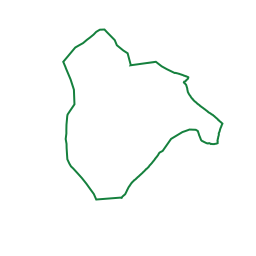 the district of Hajjah City, Hajjah, Yemen, rotated 296°
{"feature_id": "15242507B42868066819458", "entity_name": "Hajjah City", "entity_type": "district", "adm_level": 2, "iso_a3": "YEM", "parent_name": "Yemen", "parent_adm1": "Hajjah", "projection": "natural_earth1", "projection_center": [43.605, 15.684], "detail": "fine", "context": "isolated", "style": "outline", "palette": "green", "viewbox_px": 256, "rotation_deg": 296, "n_neighbors": 0, "source": "geoboundaries", "source_scale": "gbopen_adm2", "svg_char_len": 4282}
<svg xmlns="http://www.w3.org/2000/svg" viewBox="0 0 256 256"><g transform="rotate(296 128 128)"><path d="M62.4,152.9L63.8,153.0L67.3,154.5L68.0,154.5L68.8,154.5L69.9,154.5L70.4,154.5L71.3,154.5L71.7,154.4L72.1,154.5L72.5,154.5L73.0,154.5L73.3,154.5L73.8,154.5L74.2,154.5L74.6,154.5L74.9,154.5L75.5,154.6L75.9,154.6L76.3,154.8L76.6,154.8L77.1,154.8L77.9,155.0L78.5,155.0L78.9,155.1L79.5,155.2L79.9,155.2L80.3,155.4L80.7,155.4L81.0,155.6L81.5,155.7L82.3,156.0L82.9,156.2L83.3,156.4L83.7,156.4L84.3,156.8L85.1,157.2L85.4,157.4L86.1,157.5L86.7,157.8L87.4,158.1L88.0,158.2L89.0,158.8L89.3,158.8L90.1,159.2L90.7,159.3L91.2,159.6L92.2,160.0L92.7,160.1L93.2,160.4L94.0,160.7L94.7,160.9L95.4,161.1L95.9,161.4L96.5,161.6L97.4,161.8L97.9,162.1L98.8,162.2L99.4,162.6L99.6,162.7L100.0,162.9L101.3,163.3L102.0,163.6L103.3,163.8L103.7,163.8L105.1,164.3L105.6,164.4L106.5,164.7L106.9,164.8L107.9,165.0L108.3,165.1L108.7,165.2L109.4,165.3L109.8,165.5L110.5,165.6L110.9,165.7L111.4,165.8L112.0,165.8L112.3,166.0L113.0,166.0L113.3,166.1L113.7,166.2L114.3,166.4L114.6,166.4L115.2,166.6L115.8,166.7L116.2,166.7L116.9,166.9L117.3,166.9L118.1,166.9L118.7,167.0L119.2,167.0L119.8,167.2L122.6,169.2L137.1,171.5L148.2,178.7L150.4,180.9L153.6,184.0L156.1,189.7L155.9,192.0L155.7,192.2L155.2,192.8L154.8,193.1L154.5,193.4L154.3,193.7L153.5,194.4L153.2,194.7L152.5,195.3L152.0,196.0L151.4,196.6L150.8,197.3L150.3,197.8L150.0,198.1L149.4,198.8L149.1,199.2L148.9,199.9L148.8,200.2L148.8,200.7L148.9,201.1L148.8,201.6L148.8,202.2L148.8,202.8L148.8,203.3L148.8,203.8L148.8,204.2L148.8,204.5L148.8,204.9L148.8,205.3L148.9,205.7L149.1,206.2L149.1,206.7L149.7,207.2L150.1,208.0L149.9,209.0L149.9,209.4L150.2,209.7L150.4,210.6L150.6,211.0L150.9,211.6L151.2,212.4L151.6,212.8L152.0,213.3L152.3,213.8L152.5,214.1L153.0,214.6L153.6,215.2L154.3,214.9L154.8,214.7L155.1,214.6L155.3,214.3L155.7,214.0L156.1,214.0L156.5,213.8L156.8,213.8L157.4,213.5L158.0,213.5L158.3,213.4L159.0,213.2L159.5,213.0L160.4,212.9L161.1,212.8L161.5,212.6L162.1,212.5L162.5,212.2L163.0,211.9L163.5,211.9L163.9,211.9L164.3,211.9L164.8,211.8L165.3,211.8L166.5,211.5L167.8,211.3L168.9,211.2L169.6,211.2L170.4,211.2L170.9,211.0L171.3,211.0L171.6,211.0L172.1,211.0L172.5,211.0L172.8,211.0L173.4,210.9L173.6,210.0L173.9,209.2L173.9,208.9L174.1,208.4L174.2,208.0L174.2,207.5L174.4,206.9L174.7,206.5L174.7,206.1L174.7,205.7L174.9,205.3L175.2,204.9L175.3,204.3L175.6,203.5L175.7,202.9L175.9,202.2L176.1,201.5L176.2,201.0L176.5,200.4L176.5,200.0L176.6,199.3L176.9,198.7L176.9,198.2L176.9,197.8L177.0,197.3L176.9,197.0L177.1,196.5L177.2,195.9L177.3,195.1L177.3,194.7L177.3,194.3L177.4,193.7L177.4,193.2L177.7,192.8L177.7,192.3L177.9,191.6L178.1,190.9L178.1,190.5L178.2,190.0L178.4,189.4L178.5,188.6L178.7,187.6L179.0,186.1L179.1,185.3L179.3,184.2L179.5,183.4L179.5,182.9L179.8,182.4L179.9,181.8L180.0,181.4L180.0,180.8L180.2,180.4L180.2,180.0L180.5,178.9L180.7,178.5L180.8,178.3L180.9,177.6L181.1,176.8L181.2,176.2L181.3,175.8L181.5,175.4L181.8,174.6L182.0,173.9L182.4,173.5L182.4,173.0L182.8,172.3L182.9,171.9L183.2,171.4L183.4,171.0L183.7,170.5L184.0,170.2L184.4,169.3L184.8,168.6L185.3,167.8L185.6,167.3L186.0,166.9L186.4,166.3L186.8,165.8L187.4,165.5L187.9,165.0L188.3,164.7L188.8,164.3L189.4,164.0L192.3,161.3L192.8,160.1L193.0,159.1L193.5,158.2L194.3,158.2L195.2,159.2L196.2,159.3L198.3,160.2L198.9,160.2L199.3,160.2L200.0,160.0L200.1,159.6L200.0,159.1L200.0,158.3L200.0,157.6L199.8,157.2L199.8,156.8L199.8,156.4L199.8,156.0L199.6,155.6L199.6,154.6L199.6,153.7L199.4,153.0L199.4,152.3L199.2,151.5L199.2,150.5L199.0,149.9L198.9,149.1L198.8,148.5L198.6,147.8L198.5,147.0L198.3,146.4L198.0,146.1L197.9,145.7L197.9,140.7L197.9,137.1L198.2,131.3L199.7,124.0L185.5,102.8L185.9,102.8L195.0,94.9L195.6,89.8L197.5,81.7L200.7,78.1L201.2,77.5L205.0,66.8L206.2,63.7L204.0,59.6L200.5,57.3L196.8,56.1L192.7,54.2L188.8,52.2L188.5,52.1L184.6,50.4L180.9,47.8L177.2,45.3L159.1,40.8L155.0,45.5L154.8,45.6L146.5,55.1L138.7,62.6L125.8,69.5L117.4,68.3L113.6,67.8L112.0,68.2L108.1,69.7L103.9,71.3L100.2,73.0L98.3,73.9L96.1,75.0L92.0,76.4L90.8,76.8L86.8,79.7L83.1,81.6L80.3,83.2L76.6,85.3L73.3,87.2L70.3,90.9L68.5,93.6L67.6,96.5L65.1,102.8L62.8,108.5L59.7,115.0L56.4,121.1L53.7,126.2L49.8,130.8L62.1,151.7L62.4,152.9Z" fill="none" stroke="#15803d" stroke-width="2"/></g></svg>